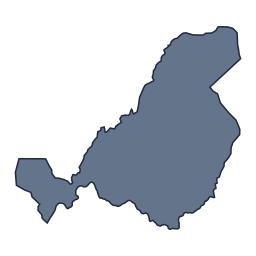 Bangassou, Mbomou, Central African Republic
{"feature_id": "33826404B81358030227477", "entity_name": "Bangassou", "entity_type": "district", "adm_level": 2, "iso_a3": "CAF", "parent_name": "Central African Republic", "parent_adm1": "Mbomou", "projection": "albers", "projection_center": [23.188, 5.123], "detail": "fine", "context": "isolated", "style": "filled", "palette": "slate", "viewbox_px": 256, "rotation_deg": 0, "n_neighbors": 0, "source": "geoboundaries", "source_scale": "gbopen_adm2", "svg_char_len": 5875}
<svg xmlns="http://www.w3.org/2000/svg" viewBox="0 0 256 256"><path d="M168.1,45.4L168.5,46.5L166.6,48.1L164.5,49.3L163.9,50.0L164.4,51.6L165.1,52.7L164.5,54.4L162.9,55.1L161.7,56.7L161.2,58.0L161.2,59.9L160.9,61.3L159.1,62.1L156.4,64.7L155.2,68.4L153.4,70.9L153.4,72.5L153.0,75.1L152.3,76.6L152.7,78.5L153.8,79.7L153.5,80.9L145.4,84.9L143.9,87.3L139.6,97.3L138.4,105.9L137.1,111.7L135.9,112.5L133.6,113.9L132.8,112.7L132.4,110.7L131.5,109.3L130.8,110.7L129.9,113.9L128.3,115.4L124.8,115.1L121.7,115.9L119.9,118.8L121.3,122.3L116.1,125.9L114.6,129.0L110.3,128.0L106.7,132.0L105.2,132.1L104.2,127.0L101.0,127.8L100.8,130.5L97.8,131.7L97.1,137.4L95.2,139.1L92.6,142.7L91.9,146.1L88.1,149.3L87.2,152.0L84.2,155.5L83.9,158.0L82.6,161.3L79.2,167.3L80.3,169.8L79.5,172.8L78.2,172.8L75.9,175.1L73.0,174.6L71.6,177.6L71.8,180.3L72.7,182.8L70.3,184.3L67.5,181.1L63.3,179.4L59.0,178.2L55.3,177.9L52.0,173.7L51.7,169.9L49.1,165.7L45.6,158.8L19.0,158.7L15.4,172.3L16.4,185.3L24.5,189.9L30.9,192.4L32.1,197.0L39.8,204.3L38.1,206.5L38.1,210.6L41.7,214.6L42.3,218.4L47.2,223.0L49.8,218.5L52.4,214.6L54.8,210.7L56.3,205.7L57.8,204.2L58.4,203.6L58.8,203.4L59.0,203.3L59.5,203.1L60.0,203.0L60.7,203.1L61.8,203.3L62.2,203.4L62.8,203.4L63.0,203.5L63.6,203.7L63.9,204.0L64.5,204.5L64.7,204.8L65.3,205.8L66.1,207.1L66.7,208.0L66.9,208.2L67.2,208.4L67.4,208.6L67.7,208.6L68.1,208.5L68.4,208.4L69.3,207.7L69.8,207.4L71.0,206.9L71.3,206.7L71.7,206.3L71.9,205.8L72.2,205.3L72.3,204.9L72.2,203.4L72.3,202.6L72.5,202.1L72.7,201.6L73.1,201.3L74.1,200.7L74.4,200.4L74.8,200.0L75.3,199.7L75.6,199.6L76.8,199.3L77.2,199.1L77.4,199.0L77.8,198.7L78.0,198.4L78.3,197.9L78.3,197.6L78.3,197.0L78.3,196.8L78.1,196.4L77.8,196.1L77.6,196.0L76.7,195.6L76.4,195.4L76.2,195.2L75.9,194.8L75.8,194.4L75.8,194.0L75.8,192.2L75.8,191.7L75.8,191.1L75.9,190.5L76.4,189.5L77.3,187.9L77.9,187.3L78.6,186.6L79.4,186.2L80.4,185.9L80.7,185.8L81.1,185.8L81.7,185.9L82.1,186.0L82.6,186.3L83.4,186.7L83.8,186.8L84.2,186.9L85.1,186.8L85.7,186.6L86.2,186.5L86.4,186.4L87.0,186.0L88.0,185.0L89.7,183.1L90.3,182.5L90.7,182.2L90.9,182.1L91.1,182.1L91.4,182.1L91.7,182.1L91.9,182.2L92.8,182.5L93.0,182.7L93.3,183.0L93.7,183.3L93.9,183.7L94.2,184.1L94.5,184.7L94.7,185.2L95.3,187.0L96.2,189.3L96.3,189.6L97.1,190.7L97.3,191.0L97.4,191.5L97.6,192.8L98.1,194.1L98.3,194.8L98.9,196.4L99.2,197.1L99.4,197.4L99.6,197.6L99.9,197.9L100.2,198.1L100.6,198.1L101.6,198.2L102.1,198.3L102.4,198.5L103.1,198.9L103.3,199.0L104.2,199.0L105.3,199.5L105.6,199.7L106.2,200.3L106.4,200.4L106.6,200.6L107.4,200.8L108.3,201.0L108.9,201.3L109.2,201.5L109.4,201.7L110.0,202.6L111.1,203.7L111.8,204.4L112.4,204.8L113.1,205.1L113.8,205.3L114.5,205.5L115.3,205.5L116.1,205.6L116.9,205.9L117.6,206.3L118.0,206.4L118.7,206.3L119.3,206.0L120.3,205.5L121.0,205.1L121.7,204.4L122.1,204.1L122.4,203.9L123.6,203.6L124.1,203.3L124.7,203.0L125.5,202.5L126.3,201.9L127.5,201.0L127.8,200.8L128.6,200.5L128.9,200.4L129.5,200.4L129.8,200.5L130.2,200.7L130.7,200.9L131.4,201.4L132.3,202.2L132.7,202.5L133.8,203.1L134.3,203.4L134.6,203.7L134.9,204.1L135.1,204.6L135.6,205.9L135.8,206.4L136.3,207.2L137.0,208.6L137.1,208.8L137.4,209.0L137.7,209.3L138.2,209.6L138.8,209.9L139.4,210.3L139.6,210.4L140.1,210.9L140.4,211.4L141.0,212.5L141.3,213.0L142.0,213.4L142.7,213.6L143.3,213.7L143.7,213.6L144.0,213.6L145.1,213.2L145.4,213.1L145.8,213.1L146.2,213.2L146.6,213.3L147.2,213.7L147.4,213.9L147.7,214.2L148.2,214.9L148.6,216.4L149.0,217.3L149.1,217.7L149.2,218.2L149.3,218.8L149.3,220.2L149.5,220.7L149.7,220.9L149.9,221.2L150.2,221.3L150.5,221.3L151.8,220.7L152.3,220.5L152.5,220.5L152.8,220.5L153.1,220.6L153.3,220.8L154.4,221.9L154.9,222.3L156.0,223.2L156.4,223.8L156.8,224.4L157.1,224.8L157.3,225.0L157.7,225.2L158.5,225.4L159.3,225.8L160.0,226.0L160.4,226.0L160.6,226.0L160.8,225.9L161.0,225.8L161.5,225.4L161.9,225.1L162.1,225.0L162.5,224.9L162.9,225.0L163.1,225.0L163.3,224.9L163.9,224.6L164.3,224.6L164.7,224.6L165.2,224.7L165.5,224.9L166.3,225.4L166.6,225.6L166.9,225.7L167.2,225.7L167.5,225.8L167.8,226.2L168.0,226.9L168.1,227.5L168.2,227.9L168.3,228.2L168.6,228.5L169.0,228.9L169.3,229.1L169.7,229.2L170.1,229.2L170.6,229.2L171.7,228.6L172.1,228.5L172.9,228.5L174.7,228.7L175.9,228.8L176.8,228.9L177.5,228.8L178.2,228.6L178.8,228.1L179.1,227.8L179.1,227.6L179.2,227.3L179.2,227.0L179.1,226.2L179.0,225.3L179.0,224.8L179.2,223.8L178.9,222.3L178.9,221.9L178.6,221.5L178.5,220.9L178.5,219.8L178.7,219.0L178.7,218.2L179.0,217.6L179.3,217.3L179.7,217.1L180.0,216.6L180.4,216.4L180.8,216.2L181.5,216.3L183.0,215.5L183.3,214.9L183.7,213.9L184.2,213.2L184.7,212.8L185.3,212.5L186.0,212.5L186.8,212.7L187.4,212.9L187.7,212.9L188.4,212.9L189.7,212.6L190.2,212.7L190.9,212.9L191.4,213.0L192.2,213.0L193.0,212.8L193.7,212.4L194.3,211.9L195.2,210.9L195.4,210.8L195.8,210.7L196.3,210.6L196.6,210.4L196.9,210.0L197.1,209.7L197.4,209.4L198.0,209.2L198.5,209.1L199.2,208.7L200.0,208.0L200.3,207.6L200.8,206.5L201.4,205.7L202.0,205.4L202.7,205.2L203.2,205.0L203.6,204.7L204.0,204.2L204.3,203.7L204.4,203.2L204.5,202.7L204.6,202.0L204.9,201.5L205.3,201.2L205.7,201.1L206.0,201.1L206.3,201.1L206.9,200.5L207.0,200.4L207.4,200.1L208.0,199.5L208.4,198.9L208.8,198.3L209.1,197.6L209.5,197.1L209.9,196.8L210.5,196.7L211.0,196.7L211.6,196.8L212.9,197.4L213.4,197.5L214.0,197.5L214.6,197.3L213.3,191.5L214.1,189.3L215.9,188.4L215.8,186.9L215.4,185.3L215.4,183.8L217.1,183.1L216.7,180.1L217.4,178.0L219.3,177.0L221.2,171.3L223.9,166.5L224.3,162.7L228.2,158.2L230.9,153.7L231.1,147.8L232.8,142.6L239.7,134.5L239.8,129.4L238.8,126.7L235.9,120.0L228.7,112.8L220.3,102.7L217.6,94.0L212.8,90.9L209.9,87.1L240.6,58.7L239.2,54.6L238.6,49.9L237.6,44.6L237.1,32.8L232.8,28.3L227.5,26.9L220.6,26.8L218.1,26.8L215.8,30.6L211.8,33.0L205.6,33.3L203.4,35.1L192.9,34.9L186.0,32.8L182.9,33.2L179.5,35.9L177.3,38.2L174.2,39.0L171.5,41.4L170.0,45.0L168.1,45.4Z" fill="#64748b" stroke="#1e293b" stroke-width="1.5"/></svg>